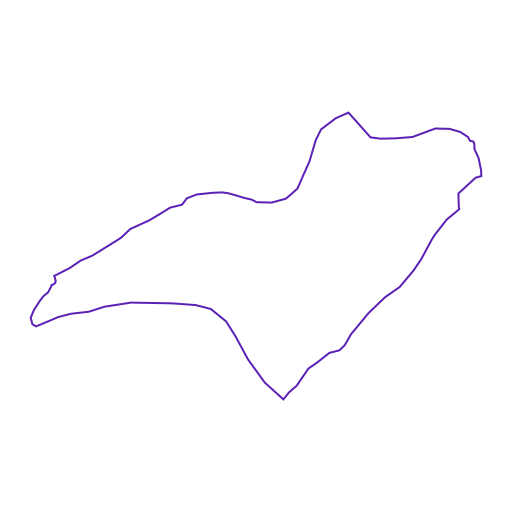 outline of Wukari, Taraba, Nigeria
{"feature_id": "59680162B18982121994254", "entity_name": "Wukari", "entity_type": "district", "adm_level": 2, "iso_a3": "NGA", "parent_name": "Nigeria", "parent_adm1": "Taraba", "projection": "robinson", "projection_center": [9.844, 7.955], "detail": "fine", "context": "isolated", "style": "outline", "palette": "violet", "viewbox_px": 512, "rotation_deg": 0, "n_neighbors": 0, "source": "geoboundaries", "source_scale": "gbopen_adm2", "svg_char_len": 2463}
<svg xmlns="http://www.w3.org/2000/svg" viewBox="0 0 512 512"><path d="M459.3,209.1L458.8,206.8L458.4,193.5L475.6,177.7L481.3,176.1L481.2,173.5L481.2,172.2L481.1,170.6L480.9,169.3L480.4,167.0L478.9,159.6L478.8,159.2L478.5,157.9L476.9,154.3L476.1,152.5L475.8,152.1L474.4,148.9L474.4,144.9L474.0,142.6L473.1,141.4L470.1,140.9L469.3,139.4L468.0,137.0L466.4,136.0L464.2,134.5L463.4,134.0L460.1,131.9L455.9,130.7L451.4,129.4L450.0,129.0L449.7,128.9L446.2,128.8L438.7,128.6L435.4,128.5L432.2,129.7L431.8,129.8L412.5,137.0L396.1,138.3L388.2,138.5L385.8,138.6L383.3,138.6L380.7,138.7L379.5,138.6L377.9,138.3L370.6,137.4L369.1,135.8L367.2,133.6L365.7,131.9L363.0,128.9L357.6,122.8L355.7,120.6L352.7,117.4L352.4,117.0L352.1,116.7L348.5,112.6L347.4,113.1L338.5,117.0L335.7,118.3L328.7,123.6L326.5,125.2L323.6,127.5L321.1,129.3L315.8,140.0L309.5,161.3L303.3,175.2L297.5,188.5L291.8,193.6L287.9,197.0L287.0,197.7L285.8,198.7L282.2,199.7L279.2,200.5L271.6,202.6L268.3,202.5L256.6,202.2L251.9,199.7L244.2,197.9L235.3,195.2L228.5,193.3L222.5,192.4L212.4,192.8L196.6,194.5L186.9,198.3L182.0,204.7L170.0,207.7L162.5,212.4L149.0,220.5L135.5,226.6L130.3,229.0L120.9,237.9L112.2,243.3L109.7,244.9L106.1,247.1L104.4,248.1L101.0,250.3L92.0,255.8L80.8,260.5L69.5,268.2L65.6,270.1L57.1,274.5L56.5,274.8L54.2,275.9L54.9,277.7L55.7,281.1L55.2,282.8L53.9,284.1L52.6,284.7L51.7,284.9L51.0,286.8L48.1,292.3L47.9,292.5L43.4,296.2L39.8,300.9L33.9,310.1L30.7,317.8L32.4,324.2L36.1,326.4L45.9,322.3L52.5,319.5L58.3,317.0L71.3,313.7L87.3,311.9L88.9,311.7L104.5,306.7L127.9,303.1L131.1,302.6L136.6,302.7L169.1,303.3L172.9,303.4L195.9,305.1L198.1,305.7L201.2,306.5L210.8,309.0L226.1,321.4L235.9,337.0L243.7,351.5L247.9,359.2L251.4,364.1L258.5,373.9L260.9,377.2L264.7,382.5L283.4,399.4L288.9,392.5L289.9,391.6L296.7,385.7L298.4,383.2L300.9,379.5L302.6,377.1L304.5,374.3L306.5,371.4L308.3,368.6L314.2,364.6L317.2,362.5L329.3,352.9L331.3,352.4L334.6,351.6L337.1,350.9L339.5,350.3L340.1,349.7L344.7,345.2L345.1,344.5L349.1,337.6L351.1,334.1L354.7,329.8L356.4,327.8L358.8,324.8L361.3,321.8L363.8,318.8L368.7,312.9L385.2,297.1L391.3,292.9L392.5,292.0L399.8,286.9L402.2,284.0L406.5,278.9L408.4,276.6L410.6,274.0L413.7,270.3L415.3,267.9L417.2,265.0L420.3,260.6L421.2,259.2L422.2,257.4L425.4,251.4L427.3,247.8L429.3,244.2L431.4,240.3L432.1,239.1L434.5,235.2L436.3,232.9L437.5,231.4L440.1,228.0L443.5,223.7L445.6,221.0L446.7,219.6L448.5,218.1L459.3,209.1Z" fill="none" stroke="#5b21b6" stroke-width="2"/></svg>